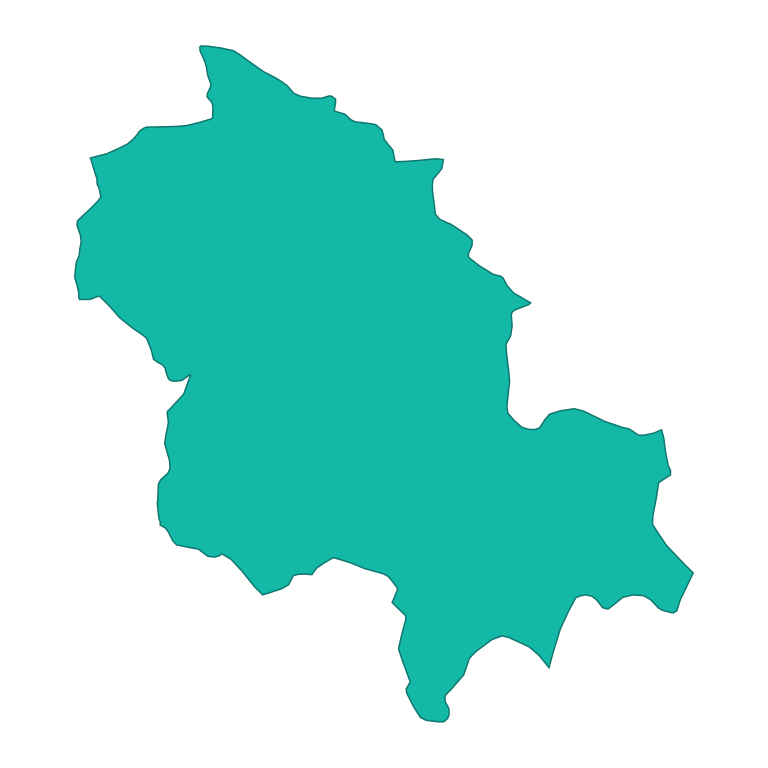 the district of Bac Kan, Bắc Kạn, Vietnam
{"feature_id": "81297802B17568713952999", "entity_name": "Bac Kan", "entity_type": "district", "adm_level": 2, "iso_a3": "VNM", "parent_name": "Vietnam", "parent_adm1": "Bắc Kạn", "projection": "mercator", "projection_center": [105.845, 22.132], "detail": "fine", "context": "isolated", "style": "filled", "palette": "teal", "viewbox_px": 768, "rotation_deg": 0, "n_neighbors": 0, "source": "geoboundaries", "source_scale": "gbopen_adm2", "svg_char_len": 3771}
<svg xmlns="http://www.w3.org/2000/svg" viewBox="0 0 768 768"><path d="M661.5,429.8L653.9,433.1L643.9,435.2L638.5,435.2L634.0,432.1L628.9,428.8L622.0,427.3L604.9,421.5L584.0,411.3L574.3,408.7L560.4,410.8L549.6,414.2L545.0,419.6L539.6,427.9L534.6,429.6L528.6,429.3L521.9,427.3L514.6,420.9L507.9,413.3L506.9,406.7L508.5,390.8L509.6,381.5L508.6,369.9L508.6,369.7L508.0,365.8L506.7,354.8L505.9,344.4L510.7,335.7L512.1,326.1L511.3,315.0L512.2,311.9L515.6,309.6L528.6,304.6L530.6,302.9L526.5,300.5L520.0,296.7L513.4,292.8L506.9,285.3L503.1,278.1L500.9,276.3L493.1,274.3L479.4,265.8L468.6,257.4L468.4,253.7L472.1,245.2L472.2,240.2L467.4,235.2L451.0,224.3L447.7,223.0L439.8,219.3L435.4,214.2L434.4,206.1L432.4,190.0L432.4,183.9L433.1,179.2L439.3,171.9L441.8,168.5L443.4,159.6L436.9,158.9L434.0,158.9L417.1,160.6L404.9,161.4L395.2,161.8L394.3,158.2L393.0,150.4L384.1,139.3L383.4,134.9L381.9,129.9L375.7,124.6L371.0,123.8L367.0,123.2L366.9,123.2L362.7,122.7L355.2,121.9L350.8,119.7L344.7,114.1L334.7,111.2L334.3,110.3L335.6,102.2L335.5,99.1L331.7,96.2L329.0,96.0L321.1,98.3L311.2,98.1L300.3,96.2L293.8,93.3L287.1,85.6L283.1,82.7L276.1,78.2L263.1,71.4L245.0,58.6L240.7,55.3L233.7,50.8L221.0,48.0L207.2,46.1L200.6,46.1L199.9,47.1L200.1,50.9L204.4,60.5L206.5,67.3L207.7,75.1L211.0,84.6L210.3,87.3L207.3,93.9L207.1,96.9L211.8,102.4L212.9,106.1L212.8,112.8L212.5,118.2L210.7,119.1L198.8,122.6L186.6,125.6L175.5,126.5L154.7,127.0L147.1,127.1L144.1,128.0L139.9,130.8L137.0,134.9L133.1,139.2L127.4,144.1L116.1,149.6L106.2,154.0L97.1,156.2L90.3,158.1L91.1,159.9L93.3,167.4L97.0,179.0L97.1,183.9L99.1,188.5L100.9,197.1L97.0,202.1L90.7,208.4L82.4,216.1L77.5,220.9L77.1,223.1L77.2,225.8L80.5,235.4L80.6,237.0L81.1,240.9L80.9,243.6L79.9,248.4L79.2,255.5L76.4,262.0L75.3,270.6L74.8,277.5L77.0,285.0L78.7,292.0L78.8,297.9L79.5,299.2L79.6,299.4L84.0,299.5L90.6,299.3L97.0,296.7L99.5,296.1L103.0,299.6L109.7,306.3L119.9,317.9L125.4,322.3L132.3,327.9L142.8,335.1L146.5,338.1L148.1,342.0L151.4,350.4L153.5,359.1L155.1,360.4L157.4,362.0L162.8,365.2L165.1,368.0L166.0,372.0L168.3,378.3L169.8,380.2L173.5,381.2L177.5,381.0L182.0,380.3L188.2,376.0L190.1,374.8L190.6,375.6L188.8,379.7L183.8,393.9L179.1,399.1L170.7,408.2L167.4,411.4L167.2,413.5L168.4,421.8L167.9,425.5L166.2,433.9L164.7,443.3L166.2,449.0L169.5,460.4L170.0,467.0L169.7,469.4L167.9,473.2L160.7,479.8L158.4,484.1L157.8,499.4L157.3,503.1L158.0,510.0L158.9,518.5L160.2,521.7L160.2,525.1L165.8,528.3L168.5,532.3L172.8,540.9L176.5,544.8L183.5,546.3L191.9,548.0L198.3,549.1L207.9,556.3L214.7,557.1L218.9,555.9L222.0,553.8L223.6,554.9L231.0,559.3L242.1,571.2L254.5,586.7L262.8,594.9L263.0,594.8L269.2,592.8L281.8,588.7L288.7,584.6L291.9,578.2L293.3,575.7L298.3,574.3L305.9,574.1L311.9,574.7L313.0,572.9L316.9,567.9L323.8,563.1L332.6,558.0L334.4,558.0L334.9,558.0L349.7,562.5L364.8,568.6L379.9,572.8L384.0,574.1L388.5,576.6L396.7,587.0L397.6,589.3L393.9,598.5L392.1,602.5L405.5,615.5L405.7,617.3L405.9,619.1L402.2,632.6L399.0,646.6L398.6,649.3L403.0,662.2L410.2,681.8L406.2,689.0L406.8,693.3L414.3,708.0L420.5,717.5L426.1,720.3L439.1,721.9L444.0,721.7L447.6,718.4L449.0,715.2L449.0,708.7L445.2,701.9L445.0,698.0L445.3,695.3L451.8,688.6L463.7,674.9L469.4,658.3L475.3,652.0L491.7,639.7L502.0,635.9L508.9,637.5L529.2,646.9L539.2,655.5L549.0,667.7L553.1,652.4L560.4,628.8L569.0,610.3L575.8,597.7L580.7,595.7L586.3,594.9L592.1,596.3L596.6,599.9L602.6,607.6L606.2,608.8L608.4,608.8L614.0,604.5L622.6,597.4L632.9,594.9L643.6,595.7L650.5,599.6L658.7,608.2L663.0,610.5L670.1,612.3L673.0,613.0L676.8,610.8L680.3,599.7L693.2,573.0L683.4,563.2L666.5,545.5L656.3,530.3L652.5,524.2L652.8,516.1L656.3,498.1L658.6,482.7L663.5,479.4L670.5,474.9L670.5,470.4L668.1,465.4L665.3,450.7L663.8,438.1L661.5,429.8Z" fill="#14b8a6" stroke="#0f766e" stroke-width="1.5"/></svg>